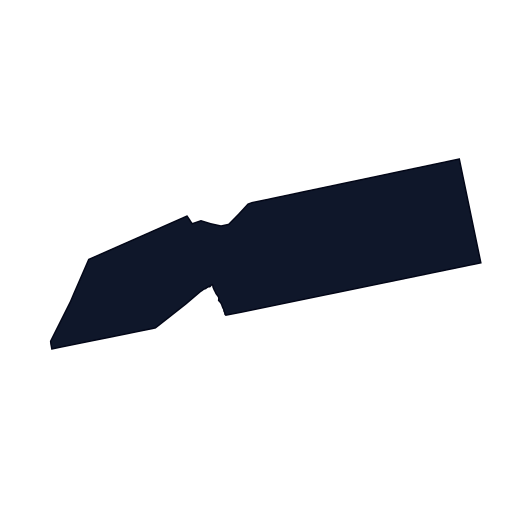 outline of Dongola, Northern, Sudan, rotated 168°
{"feature_id": "16777658B3318260280309", "entity_name": "Dongola", "entity_type": "district", "adm_level": 2, "iso_a3": "SDN", "parent_name": "Sudan", "parent_adm1": "Northern", "projection": "robinson", "projection_center": [30.297, 19.219], "detail": "fine", "context": "isolated", "style": "filled", "palette": "ink", "viewbox_px": 512, "rotation_deg": 168, "n_neighbors": 0, "source": "geoboundaries", "source_scale": "gbopen_adm2", "svg_char_len": 1276}
<svg xmlns="http://www.w3.org/2000/svg" viewBox="0 0 512 512"><g transform="rotate(168 256 256)"><path d="M475.0,207.5L474.9,207.5L471.9,207.5L466.9,207.5L444.8,207.3L398.1,206.8L394.1,206.8L369.4,206.6L348.2,217.0L334.6,223.7L317.6,232.9L316.4,233.3L314.1,234.4L312.4,234.6L311.8,234.7L311.4,235.0L310.5,235.4L309.6,235.6L309.1,235.8L308.5,235.8L308.0,236.2L307.7,236.1L307.5,235.6L307.1,235.8L306.2,236.5L305.4,237.1L304.7,237.1L304.3,236.1L304.5,234.6L304.1,232.6L303.9,231.5L303.5,230.2L303.2,229.0L303.1,228.4L302.7,227.1L301.6,224.8L301.1,223.3L301.2,222.2L301.8,220.3L300.3,217.8L299.7,215.9L299.4,213.6L299.1,211.9L298.6,210.4L298.8,208.8L298.3,207.1L298.4,206.3L298.5,205.6L297.8,204.4L281.6,204.1L244.8,203.9L195.5,203.6L187.5,203.5L49.5,202.7L43.9,202.6L38.4,202.6L38.1,202.6L37.5,202.6L37.5,203.2L37.0,308.6L37.4,308.6L38.1,308.6L41.1,308.6L98.4,308.7L151.4,308.8L193.4,308.9L220.8,308.9L235.3,308.9L248.7,309.0L253.0,308.4L264.6,300.2L276.1,292.6L284.0,292.6L293.7,297.0L302.5,301.9L311.7,300.8L312.2,302.0L312.9,303.5L313.1,304.0L313.2,304.5L314.0,306.5L315.2,309.4L420.3,287.4L429.2,274.9L441.5,257.7L446.8,250.1L471.1,219.7L474.6,215.3L474.9,212.6L474.9,211.9L474.9,211.3L475.0,207.5L475.0,207.5Z" fill="#0f172a" stroke="#020617" stroke-width="1.5"/></g></svg>